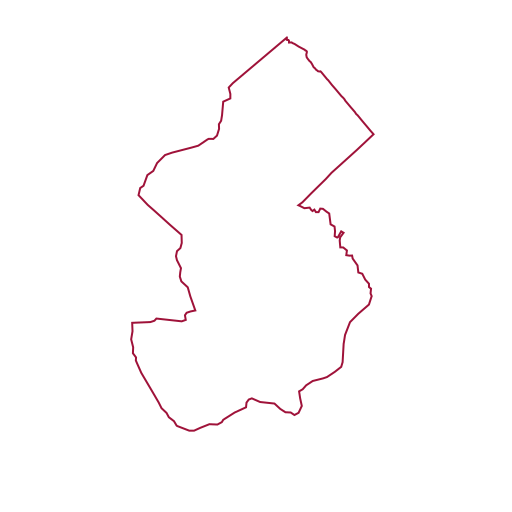 the district of Haut-Nyong, Est, Cameroon, rotated 230°
{"feature_id": "32672807B24706785822934", "entity_name": "Haut-Nyong", "entity_type": "district", "adm_level": 2, "iso_a3": "CMR", "parent_name": "Cameroon", "parent_adm1": "Est", "projection": "albers", "projection_center": [13.641, 3.366], "detail": "fine", "context": "isolated", "style": "outline", "palette": "rose", "viewbox_px": 512, "rotation_deg": 230, "n_neighbors": 0, "source": "geoboundaries", "source_scale": "gbopen_adm2", "svg_char_len": 2599}
<svg xmlns="http://www.w3.org/2000/svg" viewBox="0 0 512 512"><g transform="rotate(230 256 256)"><path d="M150.7,123.0L151.6,125.7L149.8,139.1L146.5,151.1L149.8,154.5L150.7,158.2L149.6,161.3L141.5,165.3L131.1,175.3L123.2,176.3L117.4,178.1L113.8,182.0L109.5,183.2L108.5,187.8L111.7,194.7L118.7,198.4L124.6,202.0L123.9,206.1L124.7,211.3L123.8,219.1L119.1,228.8L117.6,232.7L117.5,233.9L116.6,241.8L116.4,247.5L116.3,250.0L119.0,254.1L132.5,266.8L132.8,267.2L138.3,273.5L144.9,285.5L146.0,297.3L146.2,311.3L150.9,318.8L153.7,319.7L157.0,323.1L159.6,322.6L162.1,324.7L167.7,324.5L174.1,326.0L177.6,323.8L183.5,327.7L191.9,328.4L194.6,329.9L196.1,327.9L198.6,325.7L201.8,329.2L206.5,328.3L208.4,326.1L214.1,330.1L216.2,332.5L217.5,338.0L220.1,337.1L217.7,330.7L218.0,330.0L220.6,329.0L224.2,332.5L228.1,335.1L232.3,333.5L241.5,339.4L244.6,338.5L249.1,337.6L251.0,335.7L249.4,332.1L251.1,330.1L254.0,330.5L254.1,328.2L255.9,327.9L258.6,328.2L261.5,323.8L266.2,321.8L267.6,321.1L267.3,326.0L268.5,338.5L270.1,359.0L271.2,367.3L272.4,401.4L273.7,424.3L274.2,424.3L278.0,424.2L291.9,424.2L298.4,424.3L300.5,424.0L302.6,424.3L309.6,424.2L317.4,424.2L318.4,424.3L318.8,424.5L321.2,424.5L323.5,424.2L327.2,424.2L333.0,424.2L338.2,424.1L344.5,424.3L344.9,424.2L345.8,424.1L354.5,424.2L356.0,424.1L356.6,423.1L357.8,422.2L358.7,422.2L359.6,421.8L361.7,421.8L362.2,421.8L363.5,421.5L367.1,422.3L369.4,422.6L370.9,422.3L374.2,422.4L375.7,422.6L377.8,423.8L378.4,424.5L379.1,425.6L380.0,426.4L380.3,426.4L380.9,426.4L381.8,425.9L382.6,425.9L389.0,423.3L393.8,421.8L394.3,421.5L395.7,420.8L396.7,420.6L398.3,418.5L399.7,419.6L400.6,419.7L401.6,418.6L401.9,418.5L402.4,418.7L403.1,419.9L403.5,420.0L403.3,349.4L402.6,343.4L396.6,340.5L393.2,337.6L395.3,330.1L385.6,320.4L382.0,316.2L380.8,312.3L377.1,309.4L373.3,303.5L373.1,298.6L376.2,295.0L376.5,293.5L377.6,282.7L380.4,276.5L389.1,258.2L391.8,251.2L390.8,240.0L387.2,232.0L387.8,224.8L382.1,215.0L382.5,211.0L378.1,205.1L364.7,205.9L356.3,207.2L334.8,210.2L320.0,212.5L313.7,207.5L310.7,203.2L310.5,198.6L307.3,194.6L303.5,192.7L302.9,192.6L294.9,190.7L292.3,187.6L289.3,184.5L288.7,184.2L284.5,182.5L275.9,183.6L267.2,179.7L253.3,174.5L255.6,170.2L257.1,166.4L256.3,163.5L252.2,161.1L253.7,157.1L272.1,139.5L271.7,136.6L272.6,134.3L273.3,132.6L284.4,118.2L277.7,113.0L272.4,106.8L265.0,103.2L260.6,99.2L255.4,98.9L253.2,96.8L250.6,96.0L240.2,93.0L220.4,89.7L206.4,87.3L200.1,85.8L193.3,86.6L188.5,85.6L182.2,87.0L177.3,86.2L176.5,86.3L165.1,92.6L162.0,96.3L160.2,102.8L157.1,112.2L151.7,118.1L150.7,123.0Z" fill="none" stroke="#9f1239" stroke-width="2"/></g></svg>